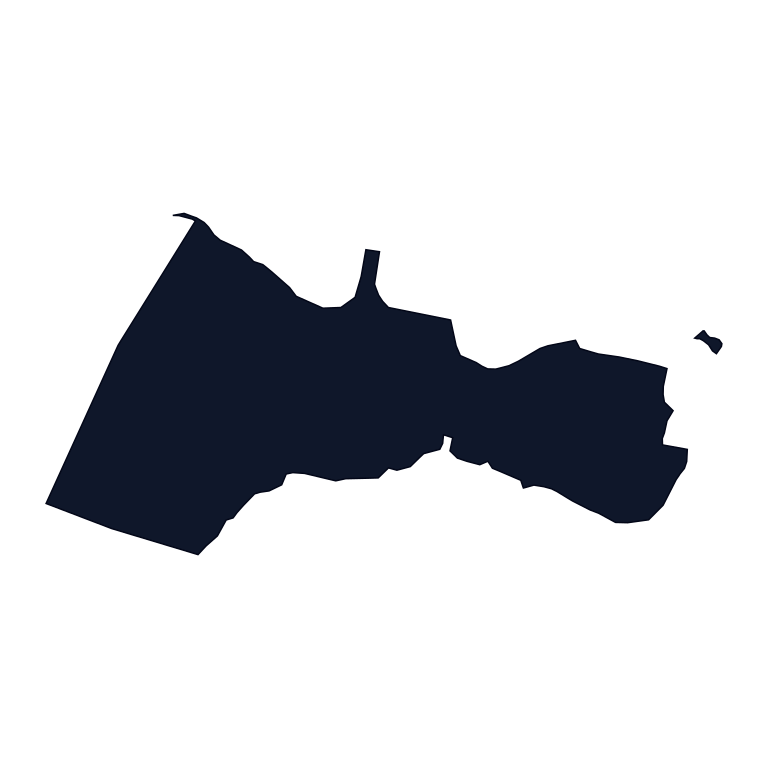 the district of Meyuns, Koror, Palau
{"feature_id": "81905179B89717668575285", "entity_name": "Meyuns", "entity_type": "district", "adm_level": 2, "iso_a3": "PLW", "parent_name": "Palau", "parent_adm1": "Koror", "projection": "orthographic", "projection_center": [134.46, 7.354], "detail": "fine", "context": "isolated", "style": "filled", "palette": "ink", "viewbox_px": 768, "rotation_deg": 0, "n_neighbors": 0, "source": "geoboundaries", "source_scale": "gbopen_adm2", "svg_char_len": 2088}
<svg xmlns="http://www.w3.org/2000/svg" viewBox="0 0 768 768"><path d="M217.4,535.9L226.2,520.0L233.1,517.9L237.0,512.6L239.4,509.9L243.6,505.2L249.3,499.3L254.6,493.8L257.2,493.1L260.1,492.2L269.1,490.9L281.7,484.8L286.2,474.0L292.8,472.6L304.6,473.4L335.6,480.8L336.4,480.7L345.6,478.7L367.0,478.2L378.2,477.9L388.5,467.9L396.9,470.2L410.3,466.6L419.5,457.6L423.7,453.6L439.8,449.3L442.7,443.3L443.0,439.7L443.5,434.8L452.7,437.7L451.3,444.5L450.0,450.9L452.0,452.8L457.4,458.1L466.9,461.3L479.8,464.7L486.8,461.7L487.9,461.3L490.6,465.4L492.4,468.2L500.8,471.7L520.8,480.3L523.0,486.9L523.4,488.0L525.0,487.6L533.9,485.1L543.9,486.7L551.6,488.8L554.3,490.2L556.8,491.4L567.9,498.2L572.6,501.0L590.2,510.0L598.6,513.2L615.5,522.4L627.6,522.7L648.6,519.8L663.1,505.2L676.2,479.5L678.9,475.6L679.9,474.0L681.5,472.0L684.4,468.4L686.7,461.5L687.1,453.1L687.3,449.4L662.5,444.9L662.4,441.7L662.3,438.5L663.5,435.3L664.4,432.9L665.1,429.6L667.0,420.8L673.1,410.7L668.1,405.8L664.4,402.2L663.1,394.5L663.3,386.4L667.0,368.6L659.4,366.2L638.1,360.9L619.2,357.0L598.4,354.0L591.4,352.0L579.7,348.5L575.5,340.3L547.9,345.8L540.0,348.5L518.4,361.2L509.0,365.7L502.9,367.3L495.8,369.1L492.1,369.0L487.7,368.9L481.9,366.2L476.1,362.5L474.2,361.7L460.3,355.6L456.1,345.8L450.6,320.0L388.4,307.5L382.6,301.3L378.6,295.2L375.9,288.2L374.5,284.2L379.5,251.7L377.2,251.4L365.9,249.7L361.2,276.4L360.5,278.9L355.1,297.3L349.0,301.7L340.9,307.5L322.9,308.2L296.2,296.3L289.6,287.6L272.8,272.8L266.2,267.3L262.8,264.6L253.6,261.6L249.4,257.1L241.5,250.0L220.2,240.2L213.9,234.9L208.6,227.2L207.3,225.8L204.1,222.5L196.5,217.9L191.9,216.3L188.7,215.1L184.1,213.4L172.8,215.4L179.0,215.6L192.3,219.1L195.4,221.0L186.8,234.8L151.6,291.4L121.4,339.9L118.1,345.3L46.1,503.5L111.8,528.6L198.0,554.6L206.1,545.9L217.4,535.9ZM706.9,334.8L704.2,330.9L703.0,330.9L702.0,331.8L694.7,338.1L697.0,338.7L699.7,338.7L703.0,340.5L703.6,340.9L708.6,344.8L712.5,350.9L716.4,353.7L717.5,352.1L721.4,346.5L721.9,343.7L719.1,339.8L714.7,338.1L709.7,337.5L706.9,334.8Z" fill="#0f172a" stroke="#020617" stroke-width="1.5"/></svg>